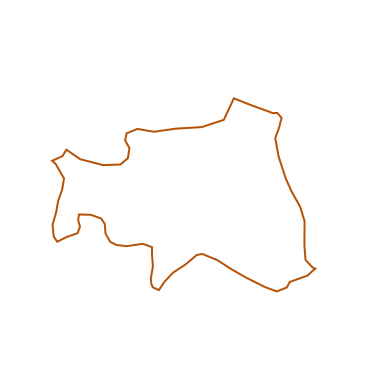 map outline of Saraj (orthographic projection), rotated 290°
{"feature_id": "MKD-2908", "entity_name": "Saraj", "entity_type": "Municipality", "adm_level": 1, "iso_a3": "MKD", "parent_name": "North Macedonia", "parent_adm1": "", "projection": "orthographic", "projection_center": [21.223, 41.991], "detail": "fine", "context": "isolated", "style": "outline", "palette": "amber", "viewbox_px": 384, "rotation_deg": 290, "n_neighbors": 0, "source": "natural_earth", "source_scale": "10m", "svg_char_len": 1051}
<svg xmlns="http://www.w3.org/2000/svg" viewBox="0 0 384 384"><g transform="rotate(290 192 192)"><path d="M173.5,49.9L181.4,58.0L188.8,59.5L184.6,75.6L186.8,99.0L193.3,115.3L201.9,120.2L211.9,118.2L217.6,111.5L224.8,110.5L232.6,119.2L235.6,135.6L246.3,155.8L256.3,178.9L270.7,197.2L294.3,199.3L293.8,217.8L293.8,241.1L295.5,245.1L292.3,250.8L282.4,251.8L271.1,251.8L255.3,261.0L237.1,275.2L226.6,285.3L215.3,298.5L203.2,307.7L180.5,315.8L167.0,321.9L162.4,331.0L162.1,334.1L157.9,331.6L153.0,329.2L140.9,314.6L134.8,313.8L127.6,305.7L127.6,293.5L130.0,272.4L133.1,254.5L136.7,239.1L137.3,222.8L134.3,217.9L121.7,210.7L109.6,201.7L98.1,196.8L88.5,194.4L88.6,193.1L89.0,187.9L91.5,185.4L96.3,183.0L109.0,180.6L119.8,175.7L126.5,173.3L126.5,163.5L118.7,149.0L116.4,139.2L117.2,132.1L123.3,125.0L132.2,120.9L136.0,115.8L136.0,104.7L132.2,93.5L127.0,94.5L121.0,98.6L114.2,98.6L106.7,89.5L99.2,82.4L102.9,77.3L113.4,72.2L127.0,71.2L138.3,69.2L149.6,69.2L160.9,67.1L171.9,54.1L173.4,50.1L173.5,49.9Z" fill="none" stroke="#b45309" stroke-width="2"/></g></svg>